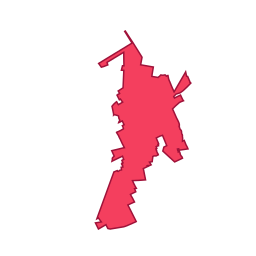 the district of Maxcanú, Yucatán, Mexico, rotated 58°
{"feature_id": "50627088B53037445853541", "entity_name": "Maxcanú", "entity_type": "district", "adm_level": 2, "iso_a3": "MEX", "parent_name": "Mexico", "parent_adm1": "Yucatán", "projection": "albers", "projection_center": [-90.068, 20.597], "detail": "fine", "context": "isolated", "style": "filled", "palette": "rose", "viewbox_px": 256, "rotation_deg": 58, "n_neighbors": 0, "source": "geoboundaries", "source_scale": "gbopen_adm2", "svg_char_len": 5115}
<svg xmlns="http://www.w3.org/2000/svg" viewBox="0 0 256 256"><g transform="rotate(58 128 128)"><path d="M44.3,79.6L58.1,79.6L57.7,118.7L58.8,118.6L62.3,118.4L63.0,115.9L63.8,111.7L61.2,111.0L61.5,91.5L62.6,92.1L64.0,93.0L73.1,98.5L72.3,99.7L75.5,103.0L76.9,101.0L91.3,110.9L91.4,116.7L92.2,116.7L94.3,116.8L94.2,118.4L94.3,118.4L94.3,119.9L99.5,120.4L99.5,120.1L99.4,119.7L99.4,119.1L100.8,119.0L101.7,119.0L103.2,118.8L103.2,119.3L103.2,119.7L103.2,120.8L103.2,121.9L103.1,122.7L103.1,123.8L102.5,123.8L101.6,123.8L100.5,123.8L99.7,123.7L99.7,124.5L99.8,125.1L100.0,126.2L100.2,127.2L100.3,127.8L100.5,128.3L100.7,128.8L100.8,129.3L101.1,130.1L102.1,130.4L103.4,130.9L108.8,132.9L108.9,133.0L109.0,133.1L109.3,133.3L109.2,132.9L109.8,132.4L109.9,132.2L110.0,132.0L110.1,131.9L110.4,131.5L110.6,131.4L111.3,130.8L111.7,130.4L111.9,130.3L112.2,130.0L112.7,129.7L113.3,129.9L113.6,130.0L114.0,130.2L114.2,130.3L114.7,130.5L115.1,130.6L115.3,130.7L115.5,130.7L116.0,130.7L116.5,130.8L116.9,130.8L117.1,130.9L117.4,131.3L117.5,131.6L118.0,132.4L118.1,132.6L118.4,133.0L118.5,133.1L118.6,132.5L118.7,131.7L118.8,130.5L119.0,129.1L120.4,129.3L121.3,129.4L122.2,129.5L123.2,129.6L123.0,131.3L123.0,131.6L123.3,131.6L124.5,131.7L124.8,131.8L125.6,132.1L126.3,132.3L126.3,133.4L126.2,134.1L126.2,135.5L126.1,136.2L126.0,136.8L125.9,138.1L125.8,138.5L125.7,139.1L125.6,139.7L125.6,140.0L126.2,140.1L126.3,140.0L126.5,140.1L127.3,140.1L127.8,140.1L128.2,140.1L128.4,140.1L128.6,140.1L128.8,140.1L129.0,140.1L129.3,140.0L129.5,140.1L129.8,140.1L130.1,140.2L130.3,140.2L130.5,140.3L131.1,140.3L131.3,140.4L131.7,140.4L132.4,140.5L132.7,140.5L133.0,140.5L133.3,140.5L137.8,141.1L142.8,141.5L142.4,142.4L142.3,142.7L139.7,150.6L139.4,151.4L139.4,151.5L138.6,153.8L143.6,154.5L144.5,154.6L144.8,155.6L144.9,156.5L145.3,157.3L145.7,157.6L146.2,157.8L147.1,158.6L147.7,159.2L148.4,152.3L148.5,151.2L148.6,150.6L149.0,147.6L152.4,148.3L152.2,149.6L152.3,149.6L152.3,150.4L154.9,150.7L154.7,151.7L154.9,151.7L155.2,151.8L155.1,152.3L155.1,152.5L156.4,152.6L156.7,152.3L158.4,153.1L157.7,154.6L160.1,155.7L159.5,157.4L159.5,157.6L159.7,159.2L159.3,159.6L159.2,159.8L158.7,159.8L158.7,159.7L158.4,159.7L158.1,161.5L157.8,163.3L158.0,163.5L168.7,177.2L173.8,183.7L174.8,185.0L180.5,192.3L186.5,200.0L188.5,202.5L188.6,200.8L193.5,200.4L191.2,205.9L198.0,206.6L198.3,197.9L199.2,198.1L201.6,198.2L201.7,198.3L202.4,198.2L202.5,198.3L202.8,198.2L202.9,197.9L203.1,197.8L204.2,196.7L209.3,184.5L209.4,184.3L209.8,182.9L210.3,180.6L210.6,178.4L211.0,176.1L211.3,173.7L211.7,171.0L211.7,170.6L193.2,168.9L193.4,167.5L193.6,166.0L193.6,165.6L193.8,164.5L193.9,163.4L194.1,162.5L194.2,161.7L193.0,161.6L191.8,161.5L190.6,161.4L189.5,161.3L188.4,161.3L187.6,161.3L186.6,161.2L185.9,161.1L185.6,161.1L185.8,159.0L186.2,155.2L182.9,154.6L183.6,152.9L180.8,152.8L180.0,152.7L179.4,152.6L178.8,152.6L178.1,152.5L177.1,152.4L175.0,152.1L177.2,148.2L177.6,147.5L177.9,147.0L181.3,140.6L180.5,140.3L170.5,136.5L170.8,134.1L170.9,133.1L171.0,132.1L170.7,132.0L170.6,131.9L170.2,131.8L170.3,131.6L170.3,131.2L170.6,131.3L170.6,130.9L170.8,130.6L171.2,130.7L171.2,130.1L171.5,127.9L168.3,127.9L169.4,125.3L168.5,124.6L168.2,124.4L165.6,122.2L165.3,122.1L165.4,120.8L166.6,118.9L166.8,116.5L165.8,116.3L165.8,116.5L162.3,115.9L162.3,115.7L161.3,115.6L160.5,115.4L160.7,114.4L158.7,114.0L158.7,113.6L159.2,111.5L157.7,111.3L157.8,110.4L153.5,109.7L151.4,109.3L151.8,105.3L151.9,104.9L152.5,102.6L163.5,104.5L163.2,107.7L166.0,110.7L181.5,106.4L182.5,97.8L181.3,97.5L181.1,97.6L180.4,97.6L180.2,97.7L178.4,97.7L176.3,97.0L175.2,96.9L175.0,98.0L174.7,97.8L173.2,97.7L172.0,97.2L172.5,96.0L173.8,96.6L175.9,91.9L177.5,88.2L175.7,87.9L172.9,87.7L170.7,87.3L168.3,86.9L168.1,88.8L165.7,87.1L165.1,86.8L163.7,86.2L163.4,85.9L162.5,85.5L161.6,85.5L161.2,85.4L160.3,85.0L159.0,84.3L157.8,84.2L156.8,84.5L153.7,83.8L153.5,83.3L152.8,83.1L152.1,82.5L150.1,82.0L148.5,81.8L146.4,81.6L145.1,81.5L135.4,80.1L135.1,78.7L134.5,76.2L133.6,70.8L133.9,68.5L134.3,66.5L133.5,66.6L131.2,66.4L127.9,66.0L127.2,72.7L125.6,72.6L124.7,69.4L125.8,65.1L125.5,61.3L124.5,56.2L123.2,50.9L122.6,51.1L122.4,51.0L122.1,51.3L121.0,50.9L115.9,50.1L115.1,50.9L111.0,49.4L121.8,69.8L121.5,69.8L120.8,69.6L120.4,69.6L120.1,69.5L119.3,69.4L118.2,69.3L117.1,69.1L116.3,69.0L115.7,68.9L115.1,68.8L114.9,68.8L114.4,68.7L114.0,68.6L113.1,68.5L113.0,68.4L112.2,68.3L111.1,68.1L110.7,68.0L110.2,68.0L108.7,67.7L108.4,67.6L108.1,67.5L107.8,67.5L107.2,67.3L106.6,67.0L105.9,66.8L104.8,66.3L104.6,66.3L104.5,66.8L104.5,67.0L104.4,67.5L104.4,67.9L104.4,68.0L104.2,68.1L103.9,68.1L103.6,68.1L103.3,68.1L103.1,68.2L102.9,68.2L102.8,68.3L102.7,68.4L102.5,68.6L102.4,68.9L102.3,69.1L102.1,69.6L102.0,69.9L101.8,70.3L101.7,70.5L101.4,70.9L101.2,71.2L101.0,71.4L100.8,71.7L100.5,71.9L100.4,72.0L100.5,72.5L100.8,73.7L100.8,73.8L100.9,74.1L100.9,74.6L100.9,75.2L100.9,75.7L101.0,75.8L100.9,75.9L100.6,76.3L100.0,76.9L96.9,80.4L95.6,79.4L89.7,74.2L81.1,83.8L76.1,79.2L75.5,78.8L75.4,78.6L58.9,78.6L58.1,78.6L54.9,78.7L50.3,78.8L44.3,78.9L44.3,79.6Z" fill="#f43f5e" stroke="#9f1239" stroke-width="1.5"/></g></svg>